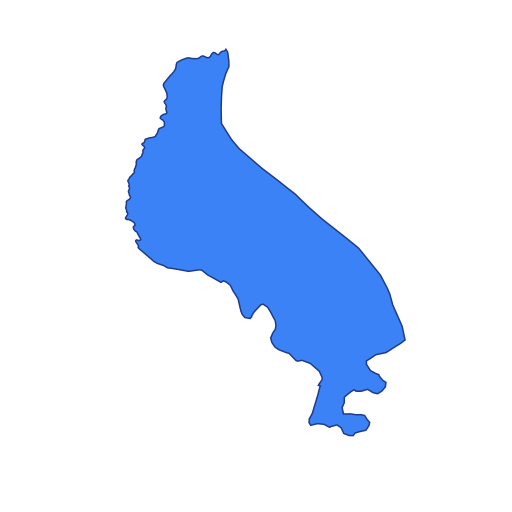 the district of Al Ja'fariyyah, Al Hudaydah, Yemen, rotated 148°
{"feature_id": "15242507B92628059498332", "entity_name": "Al Ja'fariyyah", "entity_type": "district", "adm_level": 2, "iso_a3": "YEM", "parent_name": "Yemen", "parent_adm1": "Al Hudaydah", "projection": "albers", "projection_center": [43.593, 14.518], "detail": "fine", "context": "isolated", "style": "filled", "palette": "blue", "viewbox_px": 512, "rotation_deg": 148, "n_neighbors": 0, "source": "geoboundaries", "source_scale": "gbopen_adm2", "svg_char_len": 6059}
<svg xmlns="http://www.w3.org/2000/svg" viewBox="0 0 512 512"><g transform="rotate(148 256 256)"><path d="M172.0,447.2L172.6,446.8L174.6,446.8L176.3,447.5L178.5,447.5L179.7,446.8L180.8,446.6L181.7,447.0L182.4,448.1L183.1,450.1L184.2,451.1L185.7,451.1L186.7,450.7L187.7,450.2L189.0,449.3L190.6,449.2L192.3,450.0L193.2,451.2L194.0,452.7L195.1,453.8L196.3,454.3L198.2,454.2L200.3,454.1L201.8,454.9L204.1,456.3L205.9,457.6L207.9,459.6L209.9,460.6L212.1,461.0L214.5,461.6L217.1,461.8L219.1,462.0L220.5,461.9L222.0,460.8L223.5,458.9L225.0,457.4L227.8,455.9L231.1,454.9L232.4,454.7L239.5,452.3L242.9,451.1L243.2,450.8L243.7,450.4L243.9,450.1L244.4,449.1L244.8,445.4L245.1,443.0L245.3,441.7L245.5,440.7L246.2,439.7L246.5,439.1L246.7,438.6L247.6,437.2L248.7,436.5L250.3,436.2L251.5,436.0L252.1,435.6L252.3,435.0L252.3,433.9L252.2,432.6L252.3,431.6L252.6,430.6L253.2,429.9L254.2,429.1L254.9,427.4L255.4,425.6L255.7,424.9L256.2,424.4L257.1,424.3L258.8,425.0L259.7,425.1L260.8,425.1L262.0,425.1L262.9,424.8L263.7,424.2L264.1,423.9L264.1,423.3L263.8,422.3L263.5,421.6L263.2,421.1L262.9,420.1L262.8,419.1L262.8,418.4L262.9,417.7L263.8,416.5L264.2,415.6L264.7,415.0L265.3,414.8L266.2,414.7L267.2,414.8L268.4,415.0L270.7,415.4L271.2,415.2L272.0,414.6L272.9,413.9L273.7,413.2L274.5,412.5L275.6,412.0L276.6,411.6L277.3,411.2L277.8,410.8L278.2,410.8L278.9,410.9L279.9,411.0L280.7,411.4L281.7,411.7L282.9,412.3L284.2,412.8L285.5,413.1L286.7,413.3L287.3,413.5L287.8,413.7L288.4,413.5L288.8,413.1L289.3,412.5L289.7,412.2L290.2,411.8L290.8,411.5L291.4,411.5L292.1,411.6L292.9,411.6L293.4,411.4L293.6,411.0L293.6,410.6L293.4,410.0L293.1,409.0L292.8,408.3L292.8,407.6L292.8,407.2L293.2,406.8L294.0,406.4L294.7,406.0L295.6,405.8L296.3,405.1L296.8,403.9L297.3,403.3L297.8,403.0L298.3,402.9L299.6,401.7L300.6,401.1L301.1,401.0L302.3,400.8L305.1,400.8L306.0,400.6L306.7,400.3L307.9,399.0L308.4,398.0L309.3,396.8L311.1,395.2L312.1,394.5L312.8,394.2L313.3,393.7L314.0,393.1L314.3,392.4L314.6,391.7L315.0,391.3L316.0,390.9L316.9,390.9L318.6,390.3L320.0,389.9L321.3,389.7L322.0,389.3L322.4,388.8L323.1,388.5L323.9,388.3L324.5,388.0L324.9,387.5L325.1,386.4L325.2,385.5L325.3,384.5L325.9,383.3L326.8,383.0L326.9,382.3L327.1,381.2L327.3,380.5L328.0,379.8L328.9,379.3L329.6,378.8L330.0,378.3L330.4,377.1L330.4,376.4L330.8,375.6L331.2,374.4L331.1,373.4L331.2,372.5L331.5,372.1L332.0,371.6L332.9,371.4L334.1,371.2L335.8,371.2L336.5,371.1L337.1,370.8L337.4,370.3L338.5,368.6L339.6,367.4L340.0,366.7L340.3,366.4L340.9,366.1L341.1,365.7L341.3,364.6L341.4,363.6L341.7,362.8L342.2,362.4L342.3,361.8L342.3,361.3L342.1,360.9L342.0,360.5L342.3,359.9L342.8,359.3L344.1,358.6L345.2,358.1L346.1,357.7L346.7,357.1L346.8,356.7L346.6,356.2L346.3,355.7L345.9,355.1L344.8,354.5L344.1,353.7L343.5,352.7L342.9,352.0L342.6,351.1L342.3,350.4L342.0,349.8L341.7,349.2L341.7,348.7L341.6,348.2L341.8,347.6L342.1,346.7L342.2,346.3L342.6,346.1L343.2,346.1L343.8,345.9L344.4,345.7L344.8,345.5L345.0,345.1L345.2,344.5L345.4,343.3L345.3,342.4L345.2,341.5L345.1,340.9L344.7,340.3L344.4,339.9L344.3,339.1L344.4,338.5L344.5,337.7L344.6,336.9L344.6,336.3L344.7,335.0L344.7,333.5L344.7,332.8L344.7,332.2L344.8,331.4L345.1,331.1L345.6,330.9L346.6,331.0L347.1,331.2L347.6,331.4L347.9,332.0L348.2,332.5L348.6,332.9L349.2,332.9L349.6,332.9L350.0,332.7L350.2,332.3L350.3,331.3L350.3,330.3L350.3,329.4L350.2,328.7L350.2,327.9L350.4,327.3L350.5,326.7L350.7,326.2L351.4,325.8L351.4,325.1L351.3,324.4L345.4,305.3L343.6,302.0L339.4,296.9L337.3,292.9L333.9,290.1L332.9,289.2L327.3,284.2L321.3,278.7L311.3,274.3L309.5,272.7L309.4,272.5L307.6,267.2L307.0,265.5L300.9,254.5L299.7,252.2L297.0,252.3L295.2,250.0L294.8,249.1L294.0,246.9L293.3,245.0L293.3,244.8L293.5,242.7L293.7,240.8L294.0,238.0L294.0,237.6L293.9,236.8L293.9,230.0L293.9,229.2L294.6,227.1L296.4,222.0L297.6,218.4L298.0,217.4L298.6,213.5L298.1,209.8L296.7,208.5L294.1,206.1L291.8,206.8L291.7,207.4L287.1,209.6L284.5,210.3L277.7,212.1L276.8,211.8L275.6,211.5L274.7,209.5L273.3,206.4L273.3,202.4L273.3,201.7L273.3,201.1L273.6,197.0L273.7,195.8L273.9,192.5L273.9,191.2L274.0,190.9L276.0,186.3L278.1,184.1L278.7,183.5L282.4,181.9L285.3,179.9L286.9,178.8L287.9,175.8L288.3,174.4L288.3,171.0L288.1,169.1L288.0,168.2L287.3,166.7L286.1,164.1L285.4,163.2L281.3,157.8L279.5,155.9L279.1,153.9L278.4,150.5L277.4,145.9L276.4,144.8L272.2,143.1L268.9,138.7L266.8,136.0L263.4,124.6L264.3,117.9L265.5,116.1L270.6,113.9L271.3,113.5L271.7,113.2L270.3,111.8L274.8,107.8L276.2,106.3L290.3,93.9L291.0,93.1L293.2,91.8L293.5,91.6L293.7,91.4L293.8,91.4L297.0,89.8L299.3,86.7L299.3,83.4L295.5,82.2L292.8,81.3L289.8,79.0L287.4,77.1L286.1,74.7L284.4,71.8L282.2,71.5L276.9,69.9L274.8,65.2L275.1,63.0L275.6,59.0L273.9,56.7L272.2,54.5L271.0,53.6L268.8,52.2L265.9,53.4L261.4,52.2L255.2,50.0L254.5,50.3L252.3,51.3L250.1,52.3L247.8,54.6L248.4,58.6L248.4,63.2L251.3,66.0L253.8,67.4L255.3,68.3L255.7,68.7L257.7,70.4L257.9,70.6L259.8,72.2L265.5,75.6L264.7,77.9L264.5,78.5L263.3,81.8L258.9,84.8L256.9,87.9L256.0,89.4L254.0,89.8L253.6,89.8L252.6,90.0L251.3,90.2L250.9,90.2L247.5,90.6L246.4,90.6L243.5,90.6L242.9,88.4L239.8,86.4L238.5,85.7L238.3,85.5L232.1,83.8L230.9,81.6L229.2,78.2L227.8,76.7L225.8,74.7L220.9,74.8L220.6,74.8L215.6,76.5L212.9,79.8L212.8,80.0L214.4,83.3L215.1,88.8L214.7,90.5L215.7,91.4L215.7,91.5L216.8,93.1L219.7,98.2L219.7,102.2L219.7,103.5L219.7,105.6L218.0,108.5L217.4,108.5L214.8,108.5L213.5,108.5L210.0,108.6L208.2,108.8L206.1,108.6L205.8,108.5L205.6,108.4L197.0,105.2L192.6,105.2L189.4,105.3L188.5,105.3L179.4,105.3L174.7,105.8L174.1,105.8L171.0,114.3L169.4,118.7L169.3,119.1L169.1,120.3L167.4,132.1L166.0,142.0L163.7,149.5L163.6,149.9L162.9,152.2L162.7,152.9L161.7,159.4L160.6,173.9L161.7,182.8L163.8,200.1L164.8,208.1L166.5,213.3L169.0,220.6L171.5,227.7L180.3,252.1L185.2,268.6L186.3,272.8L187.2,276.6L187.5,277.5L189.9,287.5L195.2,302.1L196.7,306.6L204.5,327.2L213.5,356.3L213.9,359.5L215.1,368.1L215.1,386.7L207.7,399.1L200.7,409.6L195.0,417.4L191.4,421.0L185.2,426.5L178.5,431.1L175.5,436.2L172.0,443.9L172.0,445.7L172.0,447.2Z" fill="#3b82f6" stroke="#1e3a8a" stroke-width="1.5"/></g></svg>